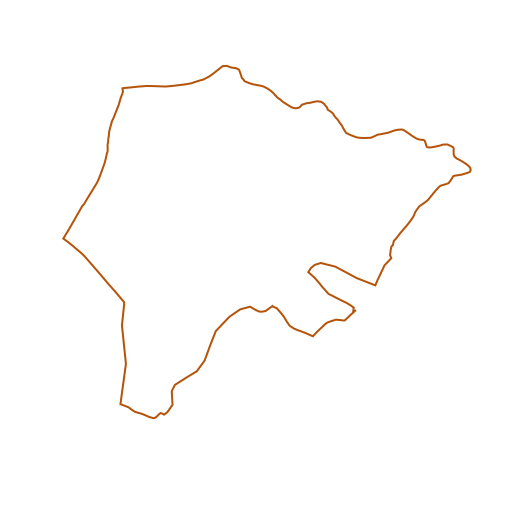 outline of Cap Estate/Becune Point, Gros Islet, Saint Lucia, rotated 102°
{"feature_id": "8701671B82829723168564", "entity_name": "Cap Estate/Becune Point", "entity_type": "district", "adm_level": 2, "iso_a3": "LCA", "parent_name": "Saint Lucia", "parent_adm1": "Gros Islet", "projection": "robinson", "projection_center": [-60.952, 14.093], "detail": "fine", "context": "isolated", "style": "outline", "palette": "amber", "viewbox_px": 512, "rotation_deg": 102, "n_neighbors": 0, "source": "geoboundaries", "source_scale": "gbopen_adm2", "svg_char_len": 4050}
<svg xmlns="http://www.w3.org/2000/svg" viewBox="0 0 512 512"><g transform="rotate(102 256 256)"><path d="M430.3,313.0L427.3,310.3L418.9,306.7L415.6,307.6L405.7,310.3L398.9,308.5L388.9,298.3L381.0,289.9L368.9,284.5L352.0,282.1L337.8,279.7L321.0,269.4L311.5,260.4L306.8,251.2L308.9,245.0L309.7,241.1L309.3,238.9L308.5,236.7L307.6,235.0L301.5,229.5L302.0,229.1L302.7,224.9L305.5,221.2L309.0,216.7L313.6,212.4L317.2,208.6L319.0,204.0L319.8,200.1L320.3,196.4L321.0,191.8L322.7,183.6L321.1,182.7L316.8,180.1L313.3,177.6L308.8,174.6L306.5,172.7L305.0,170.4L303.2,167.3L301.7,164.7L301.3,161.5L300.9,157.3L300.6,155.8L298.6,154.4L293.2,150.7L288.1,147.0L291.1,149.3L286.1,149.7L284.5,153.5L283.0,157.8L281.6,163.7L280.3,168.5L279.0,173.2L278.0,177.2L271.7,185.7L269.1,188.8L265.8,193.2L264.2,195.7L260.9,201.5L256.2,199.7L252.5,196.7L249.4,191.3L249.9,176.2L256.7,152.8L259.9,133.2L253.8,132.0L245.9,130.1L238.3,128.3L230.0,123.2L227.4,125.0L221.8,125.5L218.4,125.5L217.1,124.4L212.5,124.3L210.2,122.8L204.7,120.2L200.9,118.2L197.0,116.0L193.4,114.1L189.2,112.1L184.8,110.3L179.4,109.2L173.6,106.7L170.6,103.9L168.1,101.6L165.2,99.3L160.9,97.1L157.5,95.4L153.6,93.3L150.7,91.5L149.5,90.7L148.7,89.8L148.1,88.7L146.7,86.0L144.8,82.9L141.8,81.4L139.7,80.6L137.0,79.7L136.3,78.8L135.6,76.9L133.6,71.6L131.4,67.6L129.4,64.3L127.3,63.9L125.6,64.6L124.4,65.7L122.5,69.0L120.1,75.5L118.9,79.9L117.5,82.6L116.7,83.0L115.4,83.8L112.4,84.5L109.5,85.1L108.6,86.0L107.9,88.4L107.1,91.9L108.1,96.2L109.9,99.3L111.6,103.1L113.2,106.9L114.0,109.8L113.8,111.5L112.3,112.6L110.1,113.7L108.2,114.9L107.6,116.3L107.9,118.0L108.1,120.7L107.8,123.3L106.3,127.6L104.3,132.3L102.4,137.0L101.9,139.4L102.4,141.4L103.1,143.6L104.5,146.8L106.2,149.5L108.1,152.7L109.7,156.5L110.9,159.3L112.1,162.3L113.5,164.1L114.8,165.8L116.4,168.1L118.2,175.1L118.4,176.1L118.7,178.6L119.0,180.9L118.9,183.2L118.6,185.1L118.3,187.4L117.6,190.6L116.9,193.4L115.3,195.0L112.2,197.9L111.6,198.2L110.7,199.0L110.0,199.8L108.8,201.2L107.4,202.7L106.5,203.5L105.8,204.4L104.8,205.5L104.1,206.8L103.0,208.0L102.1,209.2L101.3,209.6L100.2,211.0L99.4,212.6L98.7,214.3L98.0,216.2L96.0,217.4L95.0,218.6L94.0,220.0L93.2,220.9L92.5,222.0L92.0,223.4L91.6,224.3L91.9,228.0L92.1,228.9L92.6,229.9L93.1,231.1L93.3,231.7L94.8,234.6L95.3,236.2L95.9,237.8L96.5,239.2L97.3,240.4L97.9,241.5L98.3,242.4L99.2,243.0L99.9,243.3L100.8,243.9L101.4,244.3L102.1,245.0L102.3,245.5L102.6,246.3L103.2,247.6L103.4,249.0L103.4,250.1L103.2,251.5L102.9,253.0L99.7,261.6L99.1,262.9L98.5,263.7L97.8,265.0L97.2,266.7L96.8,267.5L96.3,268.4L95.8,269.2L95.2,269.9L94.7,270.8L93.9,271.8L93.2,272.6L92.9,273.2L91.7,275.3L91.2,276.2L90.7,277.5L90.4,278.1L90.0,279.2L89.6,280.3L89.3,281.5L89.0,282.6L88.8,283.4L88.7,284.2L88.5,285.9L88.5,287.4L88.5,288.4L88.6,290.0L88.6,291.5L88.6,292.4L88.7,294.9L88.5,296.4L88.4,297.5L88.4,298.4L88.2,299.4L87.9,300.6L87.4,303.5L86.0,305.0L84.8,306.8L83.6,307.5L78.8,310.3L77.1,311.7L76.4,315.2L76.8,319.1L76.1,324.2L76.8,326.6L77.2,328.1L81.3,331.5L86.3,335.6L89.8,338.8L91.9,341.2L93.7,343.4L94.5,344.4L95.8,347.1L98.8,352.4L100.6,355.3L102.3,359.5L103.6,363.1L105.3,368.0L106.6,371.9L107.7,375.3L109.0,379.6L111.3,392.5L112.4,398.1L114.7,406.1L116.7,412.2L119.6,421.4L120.4,421.4L122.4,420.4L124.4,420.4L129.3,421.2L136.7,421.7L145.4,423.2L147.4,423.5L150.4,424.0L152.6,424.5L154.6,425.0L156.3,425.0L159.1,425.2L163.9,425.5L166.3,425.3L168.5,425.0L172.2,424.8L175.4,424.3L177.6,424.4L182.8,423.2L185.2,422.9L186.8,423.2L192.2,423.2L193.9,423.3L194.8,423.3L197.4,423.5L200.9,424.0L208.2,425.0L212.5,425.7L217.3,426.7L236.2,433.4L241.1,435.0L242.9,436.2L267.8,444.2L279.0,448.1L281.0,443.7L283.8,438.0L285.9,434.2L289.8,426.9L292.6,422.7L301.7,410.6L307.1,403.5L313.8,394.9L317.9,389.3L319.7,386.8L328.6,375.4L330.9,374.9L351.7,372.7L388.6,360.8L429.1,357.8L429.8,353.4L430.5,349.1L432.0,346.1L433.5,342.2L433.9,338.7L434.1,335.0L435.0,330.0L435.7,326.9L435.8,324.6L435.9,322.2L434.8,320.6L433.1,319.3L432.1,318.7L429.5,316.8L429.7,314.6L430.3,313.0Z" fill="none" stroke="#b45309" stroke-width="2"/></g></svg>